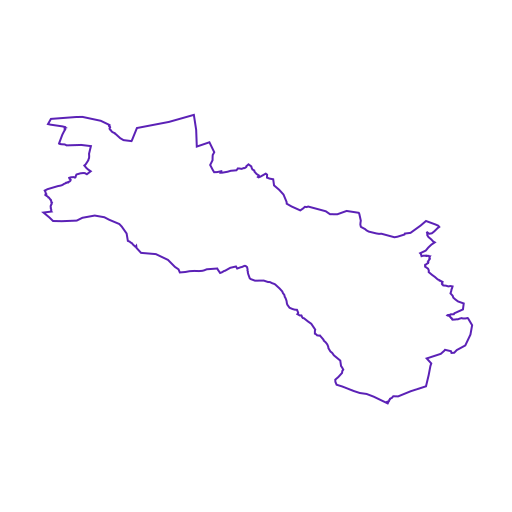 outline of Seljord nor, Telemark, Norway, rotated 172°
{"feature_id": "86288312B68880560441515", "entity_name": "Seljord nor", "entity_type": "district", "adm_level": 2, "iso_a3": "NOR", "parent_name": "Norway", "parent_adm1": "Telemark", "projection": "natural_earth1", "projection_center": [8.516, 59.573], "detail": "fine", "context": "isolated", "style": "outline", "palette": "violet", "viewbox_px": 512, "rotation_deg": 172, "n_neighbors": 0, "source": "geoboundaries", "source_scale": "gbopen_adm2", "svg_char_len": 5943}
<svg xmlns="http://www.w3.org/2000/svg" viewBox="0 0 512 512"><g transform="rotate(172 256 256)"><path d="M443.5,317.5L428.6,316.0L422.6,318.0L410.1,318.5L400.8,315.5L396.3,312.3L386.9,306.7L384.9,303.9L381.0,296.3L380.8,288.8L379.1,287.8L378.2,286.7L377.3,286.2L376.1,284.3L374.2,282.0L373.6,282.2L373.2,282.6L373.2,280.6L369.4,275.1L354.9,271.8L343.7,264.4L337.8,256.5L334.6,253.6L333.7,250.3L328.2,250.0L323.8,250.2L319.2,249.8L314.5,249.0L311.3,248.8L309.4,249.0L306.6,249.7L296.1,249.0L295.8,248.0L293.9,244.2L292.0,244.6L289.7,245.6L288.7,245.7L283.1,247.9L277.3,248.4L276.4,246.2L272.7,247.0L271.3,247.1L269.0,247.8L268.3,247.8L267.6,247.5L266.4,246.2L266.2,243.9L266.5,242.7L266.2,241.8L266.4,240.7L266.2,239.1L265.3,234.8L264.5,233.9L260.4,231.7L251.8,230.6L247.6,228.5L246.8,228.5L245.6,228.1L244.1,227.0L241.8,225.8L241.0,225.2L237.2,220.6L234.9,217.2L234.5,215.5L233.4,213.6L233.2,211.5L232.8,210.7L232.3,208.9L232.0,207.1L232.0,205.0L231.8,203.5L230.0,200.1L227.2,198.4L225.2,197.5L222.9,197.0L222.1,193.9L222.2,193.5L223.1,192.7L220.9,191.0L219.4,190.9L219.2,190.7L219.0,189.4L218.2,188.0L217.2,187.7L213.7,184.0L210.7,181.2L207.6,174.8L208.1,173.7L208.5,170.9L207.4,170.1L206.5,168.9L204.4,168.3L203.8,168.4L200.8,163.7L200.7,162.8L199.0,160.8L197.7,158.5L197.1,156.1L197.1,154.6L195.6,151.1L194.0,149.4L192.7,146.8L187.1,140.7L187.1,135.3L186.2,133.5L185.4,131.3L186.5,130.2L187.1,128.2L191.3,124.7L194.7,122.5L194.9,120.3L194.1,117.3L188.8,114.8L178.2,108.8L172.3,105.9L165.7,104.0L162.6,102.3L159.0,100.3L146.1,91.7L145.5,92.5L145.7,92.9L146.0,93.1L145.7,93.4L145.8,93.5L144.5,93.8L144.1,94.5L144.0,94.9L143.9,95.1L143.2,95.5L143.1,96.0L141.2,96.6L139.6,98.0L134.8,97.2L121.4,100.6L105.8,103.3L101.6,114.0L98.6,122.8L97.4,125.2L101.2,130.8L86.6,133.4L82.7,136.0L81.9,136.8L76.2,134.6L75.9,132.8L73.2,132.6L70.3,134.9L61.2,138.3L54.6,148.3L51.6,157.4L54.5,164.3L55.0,165.1L57.2,165.0L59.7,165.3L61.1,165.9L61.6,165.8L62.8,165.7L65.0,165.2L65.9,165.4L67.7,165.4L70.3,165.6L70.5,165.8L70.4,166.2L70.7,166.5L70.7,166.9L70.9,167.2L71.5,167.5L71.5,167.9L72.1,168.4L72.2,169.0L72.4,169.3L73.2,169.8L73.6,170.3L74.4,170.3L74.8,170.6L74.5,170.8L71.8,170.8L71.0,171.2L70.6,171.0L68.2,170.8L67.5,171.7L58.5,174.3L56.9,180.1L62.3,182.9L64.8,185.4L66.4,187.3L66.8,189.3L68.6,191.9L67.4,194.5L67.0,195.9L66.6,196.3L65.6,198.5L67.7,199.2L69.7,199.1L72.1,200.2L74.0,200.6L74.8,200.9L75.1,201.5L75.5,201.8L75.7,202.2L75.5,202.5L75.4,202.9L75.3,203.2L75.4,203.3L75.2,203.4L75.3,203.8L75.1,203.9L75.1,204.4L75.0,204.5L76.4,205.5L77.6,206.0L77.6,206.5L79.3,207.5L81.8,210.4L84.3,212.8L87.2,216.0L86.9,217.7L87.4,219.5L90.0,221.9L89.8,222.3L89.9,223.4L89.7,223.8L88.4,224.1L88.1,224.4L87.2,224.9L86.6,225.0L86.2,225.8L86.5,226.3L86.1,226.6L86.1,227.1L85.1,228.0L85.0,228.5L84.5,228.7L84.5,229.0L84.2,229.3L84.2,229.5L84.5,229.9L84.3,230.4L84.4,230.8L83.9,231.4L84.6,231.5L84.9,232.1L86.4,232.3L86.9,232.2L87.7,232.4L87.8,232.5L87.7,232.7L90.7,233.0L92.1,232.8L92.5,235.2L93.0,235.9L87.2,237.7L86.4,238.4L84.2,240.4L81.4,242.4L80.5,243.0L77.1,244.6L78.6,245.8L80.1,248.0L82.6,250.8L83.5,252.8L83.3,254.0L83.4,255.5L83.7,256.2L81.4,253.9L78.7,254.0L76.0,255.6L72.2,258.4L70.5,259.3L71.4,260.7L74.0,262.3L82.8,267.0L88.8,263.2L99.8,257.4L105.5,257.5L106.0,256.6L113.3,255.4L116.3,255.3L128.7,260.6L131.1,260.8L133.7,261.6L141.0,264.5L143.0,266.0L144.3,267.5L147.9,270.1L148.1,270.4L148.3,272.6L147.9,274.4L147.3,276.4L147.8,282.9L148.0,284.0L148.3,284.5L160.0,288.0L169.7,286.0L176.9,287.1L180.7,290.6L197.4,297.7L199.1,297.4L200.7,297.9L203.0,296.4L205.8,295.0L213.9,300.1L218.3,303.5L218.2,305.3L220.2,313.0L223.8,318.3L228.3,323.4L228.3,329.6L231.9,330.8L234.2,332.1L233.7,335.0L234.9,336.2L240.5,334.0L242.5,333.5L243.1,334.0L242.5,334.5L242.0,335.4L244.0,337.1L245.8,339.8L245.8,340.9L247.5,342.2L248.0,343.8L248.2,345.4L250.7,347.8L253.1,346.2L253.1,345.8L253.3,345.4L255.1,344.6L256.2,344.8L256.6,344.6L258.2,344.3L260.4,345.0L261.9,345.2L262.3,344.6L263.5,343.6L269.2,343.9L272.3,343.4L277.7,343.2L279.6,343.4L279.4,343.9L278.5,344.4L278.5,344.8L282.8,344.5L285.8,344.8L286.9,347.4L288.7,352.5L285.7,356.9L285.2,360.1L284.8,362.0L282.9,364.6L286.3,375.1L299.4,372.6L297.7,389.2L297.9,404.4L323.5,400.9L356.1,399.3L362.6,388.1L363.3,387.1L371.1,389.2L374.1,391.6L377.9,396.2L378.4,396.5L378.8,397.4L379.5,397.7L380.8,398.6L381.6,399.4L381.8,399.9L382.2,400.5L382.3,400.9L383.1,401.6L383.3,402.6L383.1,403.0L382.5,403.8L382.6,404.2L383.2,404.7L383.5,405.2L383.5,405.8L383.3,406.1L383.0,406.2L383.1,406.3L390.9,411.5L408.5,417.9L415.2,418.7L440.0,420.3L443.6,415.6L441.3,414.7L429.7,411.3L427.2,410.3L427.3,410.1L427.3,409.9L426.8,409.5L427.7,409.3L427.7,408.8L427.8,408.5L427.5,408.1L427.9,407.9L428.0,407.3L427.9,407.2L428.8,406.1L430.9,403.1L435.2,395.2L435.4,394.8L435.1,394.4L434.2,394.3L434.0,394.0L432.9,393.7L429.9,393.1L428.1,391.9L413.6,390.3L404.2,387.8L407.1,380.5L407.3,378.1L407.7,376.2L408.5,374.9L408.7,374.2L409.8,372.9L412.0,370.4L413.4,369.5L411.8,366.9L410.4,365.2L407.9,362.9L412.1,360.5L414.0,361.9L415.5,362.2L418.4,362.3L422.4,361.7L423.0,360.9L423.8,359.1L424.4,358.8L425.5,359.5L428.3,359.7L430.1,359.4L430.0,358.6L428.9,357.3L429.0,357.0L429.1,356.8L429.5,356.2L430.5,355.6L431.5,355.5L431.6,355.1L431.8,354.9L433.7,355.1L433.9,355.0L433.9,354.7L436.4,354.0L437.3,353.5L438.5,353.1L440.0,352.9L442.4,352.8L453.1,351.2L456.1,350.2L455.6,348.8L455.5,347.7L455.5,347.2L455.1,346.6L456.0,346.1L456.1,345.7L455.3,345.2L455.2,344.8L454.5,344.3L453.4,343.1L453.4,342.8L452.8,342.5L452.2,341.2L451.8,340.8L451.7,340.5L451.2,339.9L451.2,339.7L451.4,339.5L451.1,338.6L451.1,338.1L450.8,337.6L451.1,337.5L451.2,337.3L451.0,336.9L451.1,336.6L451.0,336.1L451.7,335.4L451.9,334.7L452.4,334.1L452.4,333.7L452.5,333.3L452.5,332.5L452.4,332.2L452.6,331.6L452.4,331.0L452.3,330.0L452.4,329.6L452.6,329.4L452.7,328.8L452.5,328.5L460.4,328.6L455.3,323.0L452.1,318.9L443.5,317.5Z" fill="none" stroke="#5b21b6" stroke-width="2"/></g></svg>